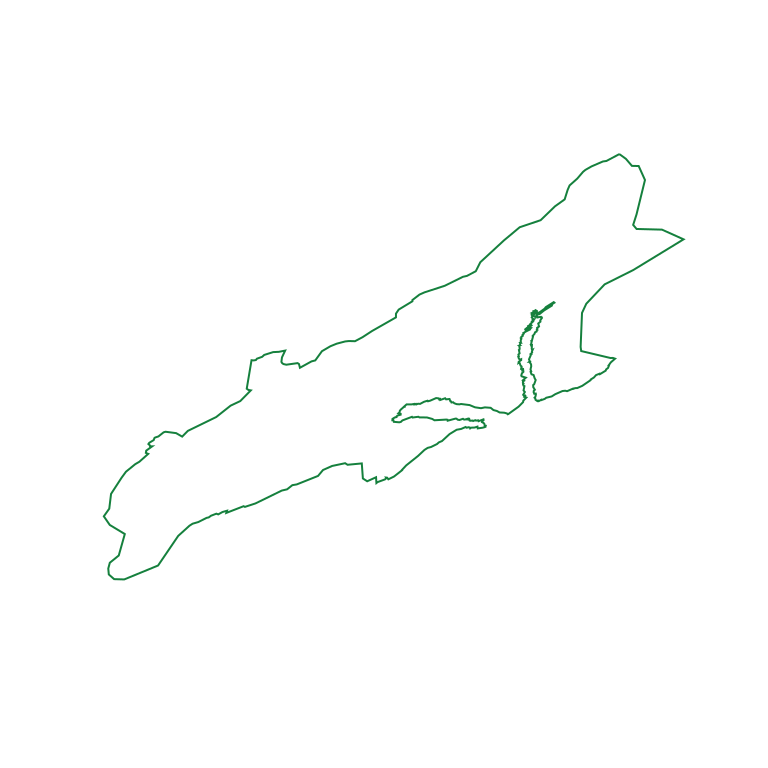 Gloppen nor, Sogn og Fjordane, Norway (Equal Earth projection), rotated 152°
{"feature_id": "86288312B68175693588321", "entity_name": "Gloppen nor", "entity_type": "district", "adm_level": 2, "iso_a3": "NOR", "parent_name": "Norway", "parent_adm1": "Sogn og Fjordane", "projection": "equal_earth", "projection_center": [6.111, 61.723], "detail": "fine", "context": "isolated", "style": "outline", "palette": "green", "viewbox_px": 768, "rotation_deg": 152, "n_neighbors": 0, "source": "geoboundaries", "source_scale": "gbopen_adm2", "svg_char_len": 6139}
<svg xmlns="http://www.w3.org/2000/svg" viewBox="0 0 768 768"><g transform="rotate(152 384 384)"><path d="M51.6,371.1L66.1,389.8L88.2,402.3L89.3,407.5L81.4,415.2L57.8,441.6L56.8,456.9L62.7,460.2L64.7,469.2L67.9,475.8L68.9,476.5L82.9,476.5L86.2,477.7L98.6,478.7L105.6,478.5L108.6,477.9L117.0,474.6L126.9,472.2L130.7,469.2L137.8,462.2L149.6,460.6L168.8,455.1L190.6,458.7L210.6,454.5L241.8,446.3L250.0,440.5L260.0,440.5L264.0,441.6L284.2,442.2L305.2,445.9L310.7,446.3L319.5,444.8L320.1,443.7L336.1,442.8L340.4,440.5L342.2,437.2L369.7,436.4L381.0,435.4L389.5,435.4L394.8,438.4L398.3,439.8L406.8,441.8L413.6,442.5L423.4,442.1L433.6,437.1L437.4,438.0L450.6,437.8L449.7,441.5L450.5,443.0L461.2,446.9L463.4,448.8L464.1,450.2L464.2,451.7L461.6,455.4L455.6,459.9L461.8,461.8L466.9,464.2L476.1,465.9L478.8,465.2L484.3,466.0L485.9,465.3L488.0,466.0L489.8,467.2L507.4,444.3L506.5,442.4L504.6,440.9L518.9,436.4L529.6,436.9L547.7,433.6L579.2,434.7L586.9,432.3L590.6,438.2L599.3,444.4L601.3,444.8L607.8,443.6L611.2,444.2L612.0,444.1L613.7,442.6L618.8,442.3L620.2,441.6L619.5,439.6L619.8,438.8L617.9,437.8L625.2,436.8L626.6,435.0L625.0,433.0L636.5,430.2L641.3,430.0L653.0,427.7L659.6,424.5L676.6,415.1L685.1,402.9L693.5,398.7L692.3,388.3L683.3,373.2L698.7,357.1L710.0,354.9L714.1,350.5L716.4,345.0L713.9,338.4L705.1,333.4L668.7,329.8L637.0,346.5L622.3,350.2L618.6,350.5L612.8,349.3L603.5,349.1L601.4,348.5L598.6,348.9L592.9,348.2L591.6,346.7L586.7,346.8L582.1,345.8L583.7,344.2L565.3,342.0L564.5,340.8L553.6,338.9L524.3,337.9L519.0,336.5L512.4,337.7L508.2,336.3L485.4,333.8L478.2,336.7L468.3,336.0L455.5,332.3L454.1,329.8L440.9,324.3L447.0,310.5L444.5,306.0L434.8,305.4L437.2,300.1L435.7,300.4L427.9,299.3L426.2,299.8L426.2,300.5L425.2,299.8L424.9,297.8L418.6,297.6L408.5,299.4L408.5,299.7L402.6,301.7L387.7,304.5L379.2,306.8L375.4,307.1L372.1,306.3L365.4,306.1L362.9,306.7L359.6,306.4L349.6,309.0L341.3,309.5L337.0,308.1L332.1,307.7L331.7,306.7L329.4,306.0L328.6,305.0L328.7,304.4L327.7,304.6L324.4,303.0L321.5,302.5L322.1,300.8L317.4,299.1L315.2,298.6L313.6,298.6L314.5,298.7L314.0,299.2L314.9,299.5L314.1,301.2L314.3,302.7L315.4,304.4L314.9,305.0L313.0,305.4L312.8,306.1L318.0,306.8L317.9,307.7L320.0,308.5L320.4,309.2L322.7,309.5L322.9,310.1L325.2,311.1L325.6,311.6L325.3,312.5L325.8,312.8L325.2,312.8L325.1,313.4L325.7,313.9L329.2,314.6L330.0,315.0L330.6,316.2L334.3,316.8L335.7,317.9L336.3,319.4L337.2,319.9L345.0,321.7L344.7,322.6L345.6,323.3L356.5,328.3L357.8,330.5L361.8,334.3L368.4,337.9L369.0,338.9L374.5,341.0L374.7,341.9L384.9,343.2L386.9,342.6L388.5,343.0L393.1,346.0L392.7,347.7L393.6,348.1L392.9,349.2L390.3,349.4L387.7,348.7L388.6,349.3L386.9,349.8L383.7,349.1L383.3,349.9L384.9,351.4L383.6,351.7L382.5,353.0L380.9,353.6L376.9,354.5L375.7,353.7L376.5,354.7L373.6,355.4L369.1,353.0L366.6,352.2L366.8,351.7L365.1,351.4L365.1,350.8L363.2,350.6L361.5,349.5L357.0,349.5L353.4,348.8L353.3,348.1L351.1,347.6L344.6,347.1L342.4,345.6L342.5,344.5L341.5,344.4L341.8,343.5L336.7,342.7L336.4,341.3L333.2,340.0L333.5,337.6L333.0,337.2L333.1,336.0L331.5,335.4L331.0,334.0L329.3,332.1L326.9,330.6L325.4,330.2L318.3,325.2L314.6,320.7L309.7,317.1L305.9,316.0L301.0,312.9L299.6,309.6L297.0,307.2L295.3,304.6L291.3,302.2L289.2,300.2L289.0,299.2L288.4,299.1L275.8,300.8L269.7,302.7L268.8,303.9L264.7,305.2L266.1,306.7L264.0,307.6L265.4,307.6L266.0,308.1L266.2,309.1L263.4,310.8L263.8,312.8L261.0,316.2L261.6,317.1L261.4,318.4L261.2,318.9L260.6,318.9L260.6,320.3L260.1,321.0L259.1,321.1L259.4,321.7L258.8,321.6L259.0,322.2L255.8,323.0L258.9,326.2L258.8,327.1L257.2,328.7L255.2,329.3L254.4,331.4L255.1,331.4L254.7,331.9L255.3,332.0L254.9,333.4L255.5,333.4L254.3,334.9L254.8,336.2L254.6,336.9L254.0,336.9L254.6,337.1L254.4,339.0L255.0,339.2L254.3,340.1L255.0,339.9L254.6,340.4L251.7,340.7L251.3,341.4L252.0,341.4L253.0,343.0L252.6,345.1L252.0,345.1L251.5,346.9L249.9,347.4L248.9,350.7L248.3,350.7L247.4,351.9L246.7,354.2L246.1,354.2L246.4,354.5L245.7,354.5L244.6,356.1L244.0,356.0L244.3,356.6L243.6,356.6L242.7,358.5L241.6,359.3L241.7,360.2L241.1,360.2L240.7,361.1L238.8,361.4L238.7,362.3L237.0,362.8L237.0,363.6L234.4,363.7L233.5,365.3L233.6,366.0L231.6,366.4L230.9,365.6L232.6,364.8L232.8,363.7L229.6,363.6L229.6,364.2L227.9,364.5L229.0,365.7L228.2,365.5L228.1,366.1L226.2,366.5L226.4,367.3L229.2,365.8L230.7,365.9L231.2,366.4L229.7,366.8L229.6,367.5L227.0,367.5L227.2,368.0L226.7,368.3L223.7,369.0L223.0,369.3L223.6,369.8L221.0,370.7L222.3,371.4L221.9,371.8L222.3,373.5L220.9,374.4L221.2,375.8L219.8,376.9L220.1,377.3L218.4,377.3L217.9,378.2L216.7,377.7L215.6,378.1L214.7,376.7L215.0,376.2L217.2,375.9L217.7,375.7L216.9,375.3L218.0,375.5L219.4,374.6L219.9,373.6L219.0,372.2L217.9,372.4L215.4,375.0L214.2,374.3L211.9,374.4L206.8,375.1L205.1,375.9L195.7,376.6L195.4,375.8L197.9,375.6L199.0,374.4L208.1,373.8L213.9,372.7L216.3,373.4L217.8,371.7L217.0,371.3L217.2,370.7L214.4,369.8L214.1,368.7L213.5,368.9L213.5,368.2L216.2,366.8L216.6,365.6L219.4,365.0L220.1,362.0L222.4,361.7L222.5,361.0L223.3,360.6L223.2,359.8L223.8,359.8L224.6,358.7L226.5,358.7L227.4,357.7L230.2,356.6L230.1,356.0L233.1,352.8L233.7,352.8L233.6,352.2L235.0,350.7L235.3,349.6L235.9,349.7L236.0,348.6L235.3,348.6L237.0,345.8L237.3,344.4L236.7,344.4L238.2,343.2L238.4,342.3L239.8,341.8L239.8,341.3L240.7,341.5L241.0,340.4L244.4,337.7L244.6,335.6L245.4,335.4L244.5,334.9L245.1,334.0L244.9,332.4L245.7,330.5L247.8,328.1L248.1,326.0L248.8,326.0L249.0,325.1L249.2,323.3L247.7,321.7L248.3,318.2L248.2,316.3L251.5,313.3L252.8,313.0L253.7,311.1L253.5,308.1L254.8,307.8L255.7,306.6L255.9,304.8L254.5,304.3L254.7,303.6L256.3,301.7L257.5,301.2L257.2,300.3L257.6,298.9L256.7,297.1L256.0,297.1L256.1,296.5L255.5,296.2L252.6,296.3L252.6,295.9L249.1,295.4L247.2,295.7L241.8,294.3L237.6,294.6L229.7,294.0L227.2,293.0L225.7,291.7L219.3,291.2L219.3,290.9L217.1,290.6L215.3,289.7L209.8,289.3L199.8,290.4L199.4,290.9L195.6,291.2L192.6,292.3L188.8,291.9L188.8,291.3L182.0,291.7L181.0,292.6L178.7,293.0L176.8,294.6L177.0,294.9L173.6,296.6L168.1,297.9L169.6,299.5L171.9,300.7L194.4,320.5L193.0,324.4L175.8,353.8L167.7,359.9L142.4,368.4L110.5,367.6L51.6,371.1Z" fill="none" stroke="#15803d" stroke-width="2"/></g></svg>